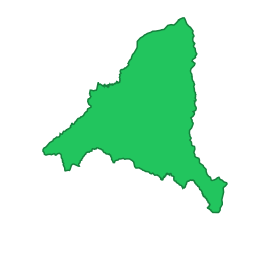 Mae Ai, Chiang Mai, Thailand (orthographic projection), rotated 80°
{"feature_id": "78962969B45040254304156", "entity_name": "Mae Ai", "entity_type": "district", "adm_level": 2, "iso_a3": "THA", "parent_name": "Thailand", "parent_adm1": "Chiang Mai", "projection": "orthographic", "projection_center": [99.393, 19.961], "detail": "fine", "context": "isolated", "style": "filled", "palette": "green", "viewbox_px": 256, "rotation_deg": 80, "n_neighbors": 0, "source": "geoboundaries", "source_scale": "gbopen_adm2", "svg_char_len": 5773}
<svg xmlns="http://www.w3.org/2000/svg" viewBox="0 0 256 256"><g transform="rotate(80 128 128)"><path d="M133.0,214.0L134.3,215.3L136.1,215.8L137.5,214.9L139.3,214.9L140.3,213.7L140.4,212.6L140.1,211.8L140.4,208.9L141.0,208.3L140.5,205.2L140.9,204.6L142.0,204.3L142.1,203.7L142.0,203.1L141.1,202.0L141.0,200.0L142.3,198.7L143.1,198.5L145.8,198.8L147.3,198.0L148.2,198.3L148.9,197.9L150.0,198.4L151.7,197.5L152.5,198.1L153.4,198.1L156.1,197.3L158.8,197.5L159.3,197.3L159.2,194.2L159.6,193.0L159.0,192.4L154.9,190.2L154.0,188.9L154.1,187.6L156.9,183.5L157.1,182.6L155.8,182.9L154.7,182.7L154.4,182.4L154.0,181.4L151.9,180.6L151.5,179.2L150.8,179.2L149.5,177.8L148.4,177.1L147.9,176.1L146.6,175.0L146.3,174.1L145.8,174.0L145.0,173.2L144.7,171.4L145.1,170.5L144.3,169.2L144.4,167.6L142.6,167.0L142.3,166.5L143.2,164.4L142.7,163.9L143.0,163.0L142.2,162.4L142.2,161.8L142.5,160.9L143.5,159.8L143.7,158.4L144.5,158.2L145.5,156.6L146.6,156.6L148.0,155.8L148.4,154.7L149.7,154.0L150.1,152.5L150.6,151.7L150.4,151.1L151.0,151.0L151.8,149.9L153.1,149.9L154.5,149.3L156.2,149.6L157.3,149.0L159.5,148.5L159.7,147.3L158.7,146.9L158.1,146.3L157.8,145.3L157.8,143.3L156.9,142.0L157.2,140.7L157.1,137.8L158.2,136.6L158.1,134.8L158.7,131.9L160.8,129.5L162.5,128.3L167.2,128.1L168.8,127.1L169.2,123.8L170.2,122.9L171.0,121.6L172.1,120.8L172.7,119.4L173.8,118.4L174.7,115.5L175.5,114.6L176.2,114.4L177.0,113.3L177.2,112.8L176.8,111.4L179.1,109.9L179.4,107.2L180.0,106.9L180.1,106.4L180.8,105.8L181.4,105.6L182.9,104.4L183.9,104.7L184.5,104.4L185.1,103.5L185.0,102.7L184.7,102.5L184.1,102.9L183.9,102.2L182.6,101.4L182.7,101.0L182.3,100.8L182.7,100.5L181.9,100.0L181.8,99.4L181.3,99.3L180.9,98.7L180.3,98.5L180.6,98.0L180.4,97.5L179.5,97.6L179.5,97.1L179.9,96.5L181.5,95.5L180.2,94.6L180.3,93.7L181.3,93.4L182.0,93.8L182.5,93.6L183.2,92.0L184.2,91.2L185.3,91.6L187.2,91.8L187.9,91.5L188.3,91.1L188.7,90.0L190.0,89.8L191.8,87.7L192.9,87.3L194.0,85.3L197.0,84.5L196.7,84.1L196.4,84.2L195.9,83.9L196.1,83.1L196.7,82.8L196.0,81.8L194.3,81.1L193.1,80.0L192.4,80.0L190.9,78.9L190.9,77.5L190.5,77.0L190.6,76.6L190.0,75.7L190.6,74.6L190.3,73.9L190.8,73.5L190.8,72.6L191.8,71.9L192.2,72.1L193.1,71.6L193.6,71.7L193.7,71.3L195.7,70.6L196.5,69.6L197.5,69.4L198.4,68.2L201.0,68.0L201.4,67.3L202.5,66.6L204.4,66.1L205.5,66.3L206.0,65.7L206.9,66.0L207.3,65.6L208.1,65.7L208.9,65.1L208.8,64.3L210.0,64.2L210.8,63.4L211.3,63.2L211.3,62.9L212.4,62.9L213.7,62.3L213.9,62.0L215.4,62.0L215.7,61.5L216.8,60.8L217.4,61.0L217.6,60.7L218.7,61.2L218.8,61.7L219.3,61.7L220.1,63.5L220.8,63.5L221.3,62.2L222.0,62.1L222.0,61.8L222.8,61.3L223.2,60.6L223.8,60.7L225.9,59.1L226.7,54.9L226.9,53.6L226.7,53.2L225.0,51.6L222.8,51.1L219.7,48.5L217.7,48.1L215.0,48.1L207.8,45.0L203.8,44.7L203.0,44.1L202.0,42.1L200.4,40.3L199.6,40.2L199.0,40.5L197.9,42.7L195.5,44.6L194.9,46.1L192.3,47.0L192.6,48.8L193.3,49.5L194.1,51.9L194.3,54.4L193.8,55.1L190.8,55.4L189.6,57.0L187.3,58.2L184.4,58.6L182.3,58.3L179.2,60.4L178.0,60.5L175.0,63.5L173.8,63.6L172.1,63.2L170.2,63.5L168.5,66.4L167.5,67.1L165.9,66.8L163.4,67.4L160.4,65.8L158.1,65.7L157.6,65.9L157.0,67.3L156.1,68.2L152.9,68.0L150.6,69.2L149.5,67.9L148.8,67.6L146.9,68.4L145.1,68.3L144.1,68.5L141.0,67.8L138.9,65.3L135.1,63.1L134.2,63.1L133.0,63.8L131.4,63.5L129.0,64.4L127.7,61.9L126.0,60.3L124.6,60.0L123.2,61.0L122.9,59.5L122.1,58.1L120.5,57.4L119.3,57.4L117.9,58.1L115.3,58.2L114.1,57.7L113.0,57.9L113.1,56.7L112.2,56.1L110.1,56.7L109.2,56.1L107.6,55.9L106.9,55.4L106.1,55.8L105.1,55.5L103.5,56.2L101.0,55.9L98.5,56.1L96.6,54.9L95.2,55.3L93.7,55.4L93.0,56.0L91.0,56.3L89.5,56.2L88.9,55.9L88.4,56.3L88.0,56.0L85.9,55.9L84.4,56.6L82.6,56.6L80.5,55.6L77.8,51.8L76.3,50.9L75.8,50.9L75.0,52.0L74.1,52.4L73.5,53.3L72.3,52.8L71.5,51.9L70.9,50.2L70.3,49.3L68.8,49.3L67.5,47.7L66.7,47.4L65.6,48.0L64.5,48.2L61.2,48.1L60.0,49.1L58.6,49.3L56.5,47.6L55.8,47.8L55.6,48.6L54.8,48.5L53.9,49.0L51.3,48.8L50.6,48.3L49.8,48.3L49.4,47.3L48.5,47.1L45.6,48.0L43.8,47.1L39.7,49.0L38.4,50.4L35.5,52.1L31.1,52.9L29.4,53.4L29.1,54.9L29.9,58.3L30.6,58.8L30.3,59.5L31.5,60.4L33.6,63.1L34.6,65.0L33.7,67.6L33.9,71.0L37.2,75.3L37.1,77.9L37.4,79.3L37.4,83.9L37.0,87.0L37.7,88.6L38.3,92.7L38.8,93.6L39.3,95.6L40.4,97.2L41.5,100.2L44.3,103.8L49.9,104.9L50.9,105.4L55.0,108.8L56.5,110.8L58.9,112.2L60.4,112.6L61.3,114.2L62.1,114.7L62.5,115.4L64.0,116.1L64.4,116.8L65.7,116.3L66.3,116.5L68.5,119.9L68.4,120.9L69.2,121.7L69.5,123.4L69.3,124.1L69.6,125.1L70.0,125.5L71.2,125.9L72.8,125.4L73.9,127.0L75.1,126.7L76.8,127.7L78.1,127.3L79.2,127.8L79.6,127.5L81.6,128.4L81.4,129.3L81.9,129.8L81.9,130.2L80.7,130.3L80.2,131.0L81.9,132.2L81.7,132.9L82.2,133.1L82.0,133.9L83.0,135.4L81.9,135.9L82.0,136.5L82.6,136.6L82.5,137.4L81.6,138.1L82.1,138.2L82.0,139.3L82.4,139.0L82.8,139.7L83.1,139.5L83.9,139.8L83.6,140.4L84.2,140.7L83.8,141.0L83.2,140.7L82.5,141.1L82.9,141.6L82.4,141.7L82.0,142.6L82.8,142.4L82.8,142.9L82.4,143.2L81.1,143.4L81.3,143.8L81.7,143.6L82.2,144.0L82.0,144.6L82.6,144.6L82.3,144.8L82.3,145.2L81.9,145.2L81.6,146.1L80.0,147.6L80.1,149.1L77.8,149.4L84.2,151.9L85.3,152.7L85.2,153.8L85.4,155.5L84.5,157.3L84.2,158.6L87.6,159.9L87.9,159.4L89.2,159.7L90.5,159.0L92.3,160.7L92.5,162.0L92.9,162.4L94.9,163.0L98.0,162.4L99.9,160.6L101.1,160.9L102.2,164.4L104.6,165.5L104.8,166.6L105.8,168.0L108.0,169.7L108.9,171.7L108.8,172.4L109.8,173.6L110.0,175.6L111.3,177.1L112.1,177.4L112.4,178.6L114.6,180.3L114.9,181.0L114.8,181.6L113.8,182.1L113.8,182.6L114.8,183.0L116.2,184.4L117.2,184.2L117.6,184.7L118.5,186.7L118.5,187.3L119.0,187.7L119.0,188.9L119.9,189.8L120.3,190.7L120.1,192.1L122.6,193.9L122.3,195.4L121.8,195.8L123.8,196.4L124.7,197.2L124.9,198.6L124.5,199.8L125.5,201.3L126.1,203.3L127.6,204.2L128.8,207.6L132.2,211.7L132.9,213.1L133.0,214.0Z" fill="#22c55e" stroke="#15803d" stroke-width="1.5"/></g></svg>